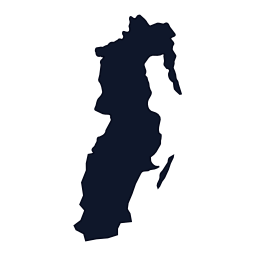 Analanjirofo, Albers equal-area conic projection
{"feature_id": "MDG-5863", "entity_name": "Analanjirofo", "entity_type": "Autonomous Province", "adm_level": 1, "iso_a3": "MDG", "parent_name": "Madagascar", "parent_adm1": "", "projection": "albers", "projection_center": [49.502, -16.347], "detail": "fine", "context": "isolated", "style": "filled", "palette": "ink", "viewbox_px": 256, "rotation_deg": 0, "n_neighbors": 0, "source": "natural_earth", "source_scale": "10m", "svg_char_len": 5009}
<svg xmlns="http://www.w3.org/2000/svg" viewBox="0 0 256 256"><path d="M181.7,93.8L179.8,94.1L176.1,90.7L174.6,89.0L174.1,86.6L173.7,82.5L173.6,81.9L172.6,81.6L171.6,80.7L170.5,79.6L169.9,78.7L169.4,77.7L169.0,76.4L168.8,75.1L168.8,73.8L169.2,72.5L169.7,71.4L169.8,70.3L169.1,69.1L168.6,68.7L168.1,68.4L167.6,68.3L167.0,68.3L166.6,68.0L164.4,65.1L164.2,64.1L164.7,61.6L164.7,60.2L164.1,56.2L164.2,55.7L164.5,55.2L164.6,54.7L164.1,54.0L163.7,53.8L162.3,53.7L160.3,54.7L157.4,55.1L152.5,55.0L149.9,55.9L148.2,57.5L143.8,63.7L143.9,65.8L145.5,70.4L145.6,71.5L145.5,72.6L144.7,74.8L145.0,75.8L145.9,76.7L146.8,77.7L147.4,80.4L148.5,83.1L149.0,87.1L149.8,89.6L150.9,91.7L151.1,92.7L150.9,94.0L150.3,95.4L148.0,99.5L147.3,101.8L147.2,104.5L147.7,107.2L148.7,109.4L150.7,111.4L155.7,113.2L157.9,114.6L159.7,117.2L160.0,119.5L158.4,127.0L158.2,130.1L158.7,132.9L160.0,134.1L160.8,134.6L161.0,135.8L160.7,138.9L160.4,140.1L160.3,140.7L160.3,143.5L160.0,144.5L155.9,151.6L153.7,154.2L150.2,156.9L150.4,160.6L150.9,162.3L152.1,164.0L153.7,165.5L155.3,166.4L157.2,166.7L159.2,166.5L156.9,167.8L154.5,168.7L150.0,169.4L148.1,170.5L144.2,170.8L142.7,171.1L141.4,172.0L140.5,173.3L135.3,183.6L131.8,193.7L127.9,203.0L127.1,208.7L127.5,209.9L129.8,213.7L131.2,221.4L120.2,222.5L117.3,228.5L117.3,234.6L107.8,237.6L96.3,238.6L85.8,240.6L83.9,233.6L76.2,229.6L74.3,225.6L81.0,220.6L85.0,210.3L80.0,204.5L83.8,195.5L81.8,182.5L86.6,170.4L86.5,163.4L88.4,154.6L92.2,153.9L92.7,153.7L93.4,153.4L93.7,153.0L93.7,152.6L93.5,152.3L92.8,151.3L92.4,150.6L92.3,150.1L92.3,149.6L92.6,148.8L93.0,148.3L93.4,147.8L94.1,147.2L94.8,146.5L95.1,146.0L95.9,144.1L96.9,142.4L97.2,141.5L97.4,140.8L97.4,139.7L97.4,139.0L97.8,138.0L98.1,137.6L98.6,137.4L99.1,137.3L99.5,137.3L100.0,137.1L103.0,135.6L104.5,134.4L105.7,132.6L105.9,132.1L106.0,131.6L106.1,130.7L106.5,129.8L111.0,121.4L111.4,120.5L111.5,119.8L111.5,119.3L111.3,118.9L110.9,117.7L110.8,117.3L110.9,116.4L110.9,115.9L110.8,115.4L110.6,115.1L110.4,114.8L110.0,114.5L109.2,114.2L108.4,114.0L105.3,113.9L102.9,113.5L95.7,110.1L95.4,109.9L95.1,109.6L95.0,109.1L95.1,108.4L96.2,105.9L96.9,103.1L96.9,102.9L97.6,100.6L98.2,99.4L98.6,98.8L100.5,96.7L101.6,95.3L102.6,93.3L102.8,92.6L102.9,92.0L102.8,91.1L101.9,86.5L101.3,84.8L100.7,83.3L100.3,82.6L99.3,81.3L99.1,80.9L99.0,80.5L98.9,80.0L98.9,79.5L99.1,78.6L100.0,75.1L101.3,65.2L101.3,64.8L101.2,64.3L101.1,63.9L101.0,63.5L100.8,63.0L100.7,62.4L100.8,61.4L101.0,60.9L101.3,60.4L102.6,59.3L103.4,58.2L103.7,57.6L103.9,57.0L103.9,56.6L103.7,56.4L103.4,56.4L102.6,56.6L102.2,56.6L101.9,56.5L101.5,56.3L101.2,56.0L100.9,55.9L100.5,55.9L99.7,56.1L99.2,56.1L98.7,56.1L98.2,56.0L97.8,55.9L97.5,55.7L97.2,55.4L96.9,55.1L96.5,54.4L96.4,54.0L96.3,53.5L96.2,52.5L96.1,52.1L95.7,51.4L95.6,50.8L95.6,50.2L95.8,49.1L96.1,48.6L96.4,48.2L97.3,48.0L99.3,47.7L100.2,47.5L100.6,47.4L101.1,47.4L102.0,47.6L102.5,47.6L102.9,47.5L103.3,47.4L105.5,46.2L107.2,45.7L107.9,45.4L108.3,45.0L108.6,44.6L109.1,44.0L109.4,43.6L109.8,43.3L110.5,42.9L110.8,42.7L111.2,42.6L111.7,42.5L112.2,42.5L113.2,42.6L113.8,42.5L114.4,42.4L116.6,41.0L117.4,40.7L117.8,40.4L118.5,39.7L118.8,39.4L119.2,39.2L119.7,39.2L120.1,39.2L121.4,39.6L121.8,39.6L122.4,39.5L122.9,39.0L123.3,38.6L123.5,38.2L123.8,37.4L123.9,36.9L123.9,36.4L123.8,35.9L123.7,35.4L123.5,35.1L123.1,34.4L122.9,34.1L122.8,33.6L122.8,33.0L122.9,32.3L123.1,31.9L123.5,31.7L123.9,31.7L124.3,31.8L125.5,32.2L126.4,32.4L127.5,32.5L128.0,32.4L128.5,32.1L129.2,31.7L129.5,31.3L129.7,30.8L129.9,29.3L129.8,28.3L129.7,27.8L129.6,27.4L129.4,26.9L129.3,26.5L129.3,26.0L129.5,25.4L130.1,23.7L130.2,23.2L130.4,22.2L130.3,21.2L129.8,19.5L129.8,18.9L129.8,18.3L130.0,17.4L130.3,17.0L130.7,16.8L131.0,16.9L131.4,17.1L133.1,18.4L133.4,18.5L133.7,18.7L134.1,18.8L134.6,18.8L135.1,18.9L135.6,18.6L136.1,18.2L137.5,16.2L137.8,16.0L138.1,15.7L138.5,15.6L139.2,15.4L139.8,15.4L144.4,19.5L146.0,21.4L146.6,22.5L148.4,25.0L149.3,25.9L150.0,26.3L150.4,26.2L156.7,23.7L157.1,23.5L157.9,23.4L159.1,23.5L162.9,24.3L163.7,24.3L164.1,24.1L165.3,23.5L165.8,23.3L166.5,23.2L166.9,23.3L167.3,23.5L167.6,23.8L168.2,24.3L169.6,27.3L174.7,34.0L174.9,34.5L175.0,34.9L174.9,35.3L174.6,35.6L174.3,35.8L174.0,36.1L172.0,36.9L171.5,37.2L171.2,37.4L170.9,37.7L170.4,38.3L170.6,38.9L171.0,39.8L172.7,41.7L173.3,42.7L173.6,43.5L173.6,43.9L173.4,44.3L172.6,45.7L172.4,46.1L172.1,48.0L172.0,48.9L172.0,49.4L172.1,49.9L172.5,50.7L175.2,55.0L175.6,55.8L175.6,56.2L175.5,56.7L175.4,57.1L174.0,60.7L173.9,61.1L173.8,61.6L173.9,63.7L173.8,64.1L173.0,67.2L173.0,67.8L173.1,68.4L174.4,71.4L175.4,74.6L175.7,77.1L175.9,78.4L176.3,79.5L176.8,80.3L177.5,81.3L177.7,82.0L177.9,82.6L178.1,84.1L181.0,93.4L181.5,93.8L181.7,93.8ZM168.1,162.7L168.4,161.5L168.5,160.3L168.8,159.0L169.4,158.0L170.4,157.3L173.3,155.6L173.0,157.5L170.2,163.3L168.2,169.4L164.4,177.7L161.7,181.4L159.5,186.1L158.1,187.9L157.4,185.7L157.8,183.6L159.7,179.6L160.0,178.5L160.2,177.5L160.2,175.3L160.5,173.9L161.1,172.8L162.9,170.8L168.1,162.7Z" fill="#0f172a" stroke="#020617" stroke-width="1.5"/></svg>